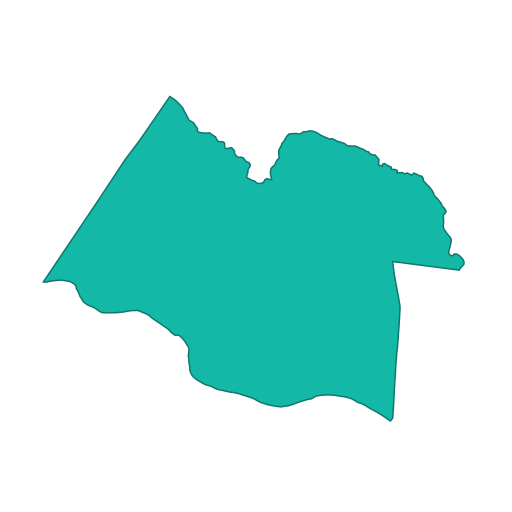 Serra do Ramalho, Bahia, Brazil (Robinson projection), rotated 98°
{"feature_id": "56859067B22034188427708", "entity_name": "Serra do Ramalho", "entity_type": "district", "adm_level": 2, "iso_a3": "BRA", "parent_name": "Brazil", "parent_adm1": "Bahia", "projection": "robinson", "projection_center": [-43.699, -13.494], "detail": "fine", "context": "isolated", "style": "filled", "palette": "teal", "viewbox_px": 512, "rotation_deg": 98, "n_neighbors": 0, "source": "geoboundaries", "source_scale": "gbopen_adm2", "svg_char_len": 4295}
<svg xmlns="http://www.w3.org/2000/svg" viewBox="0 0 512 512"><g transform="rotate(98 256 256)"><path d="M241.7,52.7L239.8,52.1L237.5,50.4L235.5,49.0L233.2,49.1L230.7,50.4L228.8,52.7L227.2,54.9L226.2,57.1L226.3,59.8L228.3,61.1L228.4,63.8L226.5,65.5L223.9,65.7L221.5,65.4L219.6,65.1L216.7,64.9L214.3,64.7L212.5,65.0L210.8,65.9L208.9,68.1L207.2,69.9L205.8,71.2L203.8,73.2L201.5,74.5L199.3,74.8L197.6,74.8L195.0,75.1L191.5,75.9L189.4,76.2L187.5,74.7L185.5,73.9L183.4,75.3L182.0,76.7L180.7,78.6L178.4,79.8L176.3,81.9L174.3,84.0L172.9,85.8L171.3,87.9L169.3,88.9L167.7,89.9L165.5,91.8L163.3,94.2L161.7,96.4L160.4,98.0L158.5,100.4L155.3,101.6L153.9,103.0L153.7,105.5L152.8,108.0L151.9,111.2L154.3,113.1L153.3,116.0L152.8,117.9L154.0,120.3L153.0,122.7L153.4,125.1L154.2,127.7L151.6,128.0L151.0,130.8L151.4,133.9L149.0,134.6L148.6,136.5L147.7,139.4L146.5,141.5L147.5,143.4L149.5,143.4L149.2,145.4L148.7,147.4L145.6,147.5L143.0,147.8L141.3,150.0L139.5,151.9L139.6,154.7L138.9,157.5L137.3,158.8L137.0,161.2L135.8,163.6L135.2,165.7L134.8,167.9L133.8,170.6L133.3,173.5L133.8,176.6L134.0,179.1L134.0,181.2L132.7,183.1L132.1,184.9L131.8,187.1L131.3,189.1L131.1,191.6L129.9,194.4L129.2,197.0L130.0,199.4L129.3,201.8L128.5,204.9L127.4,208.5L126.4,210.8L125.1,213.8L124.5,216.9L124.5,219.1L125.0,221.7L126.2,223.8L126.1,225.9L128.0,228.1L129.3,230.2L129.0,232.7L129.4,235.3L130.0,237.8L130.6,240.3L132.9,242.0L136.5,243.6L139.2,244.7L140.7,246.0L143.1,246.3L145.9,247.4L148.4,248.2L151.3,247.7L153.9,247.1L156.1,246.7L157.7,248.3L159.5,249.1L161.6,249.6L163.8,250.5L165.5,252.2L167.3,253.2L170.3,253.5L173.2,253.0L175.5,252.2L178.1,251.1L178.3,253.4L177.9,256.1L179.3,257.8L182.0,258.8L183.4,261.1L183.9,263.7L183.5,265.6L182.0,267.8L181.8,270.1L181.0,272.1L180.0,275.1L178.8,276.5L175.5,275.8L172.9,275.8L170.7,275.7L168.8,274.6L166.2,274.4L164.4,276.1L163.8,279.0L162.0,280.8L160.5,282.5L160.2,284.6L160.8,287.2L159.4,289.9L157.2,291.6L155.0,291.9L153.1,293.8L152.1,295.7L153.0,297.7L153.7,299.7L153.3,302.0L150.9,302.5L148.5,302.9L147.6,304.4L147.6,306.5L148.1,308.5L146.6,310.8L143.7,312.6L142.2,316.1L140.5,318.9L141.4,323.3L141.5,325.6L141.5,329.4L140.7,331.4L138.2,331.6L136.5,332.9L134.8,334.8L133.3,335.7L132.0,338.1L131.0,341.0L129.1,342.4L127.4,343.6L125.0,345.3L122.8,347.0L120.2,348.7L118.1,350.7L115.1,354.6L113.0,357.5L110.0,363.5L147.5,382.2L157.8,387.4L178.5,398.9L221.6,419.4L239.4,428.0L241.8,429.2L311.3,463.0L311.1,460.3L309.8,456.8L308.6,452.8L307.6,448.6L306.9,445.0L307.1,437.8L307.6,435.3L309.0,432.2L310.6,430.3L313.3,429.3L316.6,426.8L320.6,424.6L325.3,420.6L327.5,416.9L328.4,414.4L329.2,410.8L330.2,408.0L331.4,405.6L332.6,403.3L333.5,400.6L333.2,397.0L331.6,386.7L330.7,382.9L329.8,379.1L328.5,375.5L327.7,372.8L327.1,369.9L326.7,367.6L326.4,365.1L327.0,362.8L327.8,359.8L328.5,356.5L329.9,353.3L331.7,350.7L333.6,347.0L337.6,338.7L340.8,332.6L343.9,328.8L345.7,325.1L345.3,323.1L345.5,320.7L347.7,317.5L350.9,314.1L353.1,312.5L354.4,311.2L356.5,309.7L358.6,309.2L362.1,309.2L364.7,309.1L366.4,308.4L369.0,307.9L371.4,307.4L373.6,306.6L376.1,306.0L378.3,305.6L380.7,304.4L383.2,302.6L384.5,301.1L385.9,298.9L387.2,296.5L388.4,293.5L389.4,291.2L390.3,288.7L390.9,284.9L391.5,281.4L392.5,279.0L393.3,276.2L393.6,273.6L393.8,269.9L394.3,264.0L394.4,261.9L394.3,258.6L394.6,255.4L394.8,253.3L395.7,248.5L396.5,243.5L397.2,240.4L397.7,238.0L399.2,234.4L400.4,230.8L401.6,223.8L401.9,219.1L402.0,214.9L402.0,212.5L401.8,209.7L401.0,207.3L399.8,203.2L397.7,198.6L395.3,194.3L392.8,189.2L390.5,184.1L389.7,181.1L387.9,179.1L386.5,177.2L385.2,173.5L384.6,170.8L383.8,167.5L383.5,165.0L383.2,162.6L383.0,158.1L383.1,154.3L383.1,147.8L384.0,141.7L385.4,137.9L386.3,136.1L387.0,134.0L387.3,131.5L388.4,127.9L391.1,121.8L394.1,113.7L396.3,108.8L397.9,105.4L399.8,101.9L400.7,100.0L398.6,98.6L396.8,98.1L388.4,98.7L377.7,99.6L369.4,100.4L367.2,100.6L365.1,100.7L360.7,101.1L355.6,101.5L353.7,101.5L351.3,101.8L347.5,102.1L344.6,102.3L342.2,102.5L340.2,102.7L338.0,102.7L334.1,103.0L331.7,103.2L328.9,103.1L323.6,103.4L319.2,103.7L316.9,103.8L315.0,104.0L312.0,104.2L304.5,104.7L297.2,105.3L295.0,105.5L287.4,106.1L284.8,106.7L281.3,107.8L277.2,109.1L273.9,110.2L266.3,112.8L261.4,114.4L259.3,115.1L255.6,116.3L242.5,120.0L241.7,52.7Z" fill="#14b8a6" stroke="#0f766e" stroke-width="1.5"/></g></svg>